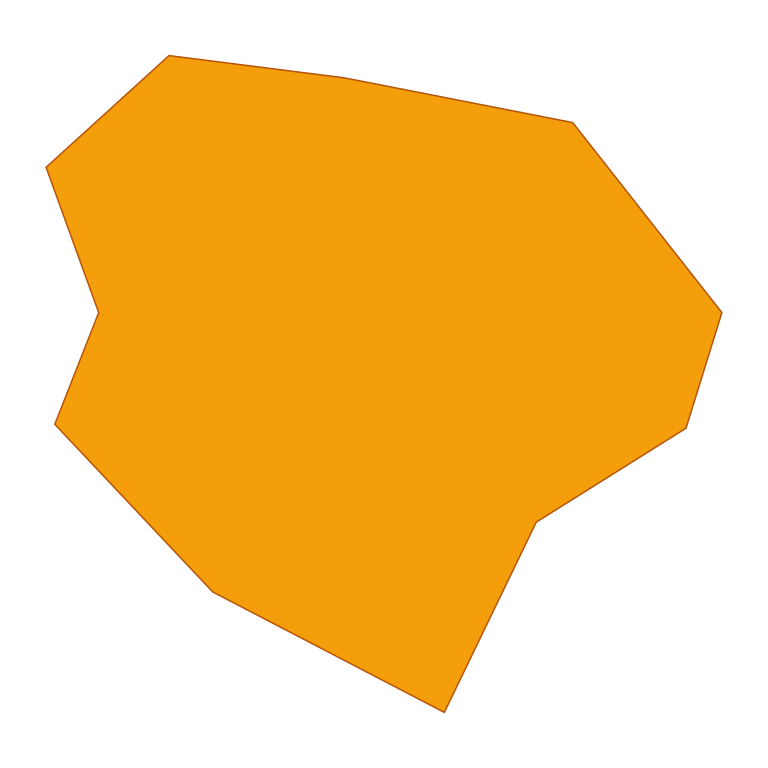 an SVG outline of Tatabánya
{"feature_id": "HUN-4906", "entity_name": "Tatabánya", "entity_type": "Urban county", "adm_level": 1, "iso_a3": "HUN", "parent_name": "Hungary", "parent_adm1": "", "projection": "natural_earth1", "projection_center": [18.448, 47.563], "detail": "fine", "context": "isolated", "style": "filled", "palette": "amber", "viewbox_px": 768, "rotation_deg": 0, "n_neighbors": 0, "source": "natural_earth", "source_scale": "10m", "svg_char_len": 271}
<svg xmlns="http://www.w3.org/2000/svg" viewBox="0 0 768 768"><path d="M686.0,428.2L536.3,522.1L444.3,712.4L212.8,592.0L54.8,424.3L98.7,312.6L46.1,167.3L169.0,55.6L344.5,77.9L572.7,122.6L721.9,312.6L686.0,428.2Z" fill="#f59e0b" stroke="#b45309" stroke-width="1.5"/></svg>